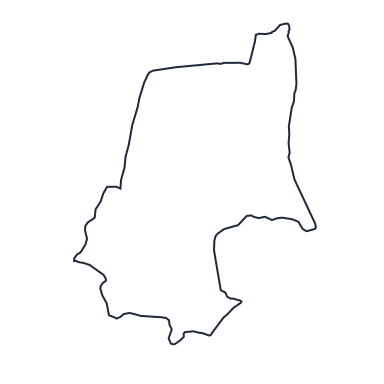 outline of Quesada, Jutiapa, Guatemala, rotated 78°
{"feature_id": "79465075B71071315687381", "entity_name": "Quesada", "entity_type": "district", "adm_level": 2, "iso_a3": "GTM", "parent_name": "Guatemala", "parent_adm1": "Jutiapa", "projection": "orthographic", "projection_center": [-90.049, 14.283], "detail": "fine", "context": "isolated", "style": "outline", "palette": "slate", "viewbox_px": 384, "rotation_deg": 78, "n_neighbors": 0, "source": "geoboundaries", "source_scale": "gbopen_adm2", "svg_char_len": 1856}
<svg xmlns="http://www.w3.org/2000/svg" viewBox="0 0 384 384"><g transform="rotate(78 192 192)"><path d="M51.6,96.9L57.7,99.1L74.2,107.1L75.8,108.1L77.0,108.6L78.1,109.1L78.7,111.1L75.7,117.8L72.4,133.6L72.6,137.7L71.4,140.6L66.6,181.8L65.2,204.9L66.2,208.8L69.1,211.7L70.6,212.6L74.1,215.4L75.0,216.0L89.1,223.9L97.7,227.5L114.1,236.5L132.6,244.0L143.8,249.7L154.0,252.9L165.5,258.9L173.8,261.3L171.1,265.0L169.3,274.0L175.0,279.1L182.4,283.4L188.9,289.9L196.9,292.5L200.2,300.4L203.0,303.4L207.3,304.6L216.0,304.4L221.3,307.2L228.1,313.8L229.0,317.1L231.4,319.9L232.9,321.2L235.1,321.6L235.3,319.6L236.7,318.1L239.1,312.4L242.4,306.8L243.6,305.9L254.7,295.7L259.1,294.3L261.0,294.7L262.3,298.0L265.1,300.9L267.0,301.7L274.2,301.3L283.1,298.6L293.3,298.8L295.3,298.8L299.0,293.2L300.1,292.1L299.3,288.1L297.2,284.0L297.3,278.4L299.0,274.6L302.5,268.0L308.6,246.5L309.3,245.5L309.6,243.7L312.7,241.2L317.3,241.6L322.2,240.4L324.3,241.7L330.4,245.3L335.8,244.2L337.2,241.9L337.2,240.4L334.4,233.9L331.9,230.1L328.8,229.6L327.6,227.9L328.6,219.4L331.5,213.6L331.9,211.7L336.0,204.9L335.6,203.2L334.5,202.1L332.3,199.8L328.5,195.4L321.3,187.2L319.3,183.3L313.8,175.3L310.3,166.8L309.3,166.4L308.3,167.2L304.5,174.7L304.4,176.3L301.8,179.3L297.3,180.3L294.0,184.3L253.6,182.6L244.4,180.3L239.9,178.0L238.1,175.6L234.9,168.2L234.0,153.8L226.8,143.5L227.2,138.9L229.2,136.7L231.4,132.1L231.4,125.8L236.1,119.5L235.4,114.9L235.8,109.3L239.4,99.8L243.2,94.2L251.1,91.5L254.2,88.2L253.7,79.3L252.1,78.1L248.6,78.1L201.0,89.2L186.3,89.5L178.2,90.5L173.8,88.3L164.5,87.4L155.7,84.8L148.1,83.7L130.0,76.8L124.6,73.4L117.1,71.5L113.8,69.4L108.1,67.4L83.4,63.2L71.7,63.4L59.5,66.1L56.0,64.1L55.0,64.2L53.5,62.9L50.0,62.4L47.5,63.1L46.8,64.5L46.9,71.1L51.6,77.5L51.9,80.1L52.9,81.1L52.9,86.7L51.1,93.7L51.6,96.9Z" fill="none" stroke="#1e293b" stroke-width="2"/></g></svg>